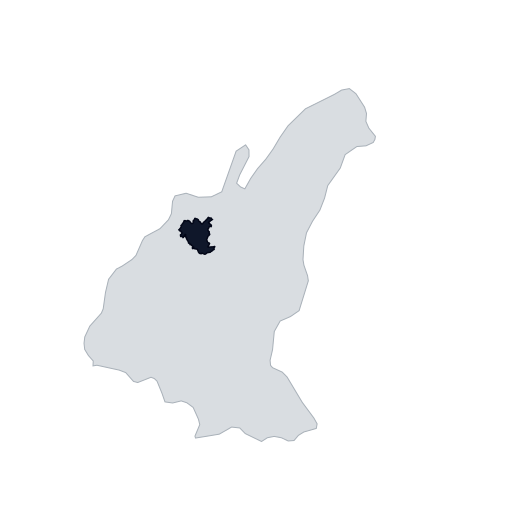 location of San Francisco de Macorís, Duarte, Dominican Republic, rotated 294°
{"feature_id": "3306468B54253052941239", "entity_name": "San Francisco de Macorís", "entity_type": "district", "adm_level": 2, "iso_a3": "DOM", "parent_name": "Dominican Republic", "parent_adm1": "Duarte", "projection": "orthographic", "projection_center": [-70.214, 19.332], "detail": "fine", "context": "in_parent", "style": "filled", "palette": "ink", "viewbox_px": 512, "rotation_deg": 294, "n_neighbors": 0, "source": "geoboundaries", "source_scale": "gbopen_adm2", "svg_char_len": 6542}
<svg xmlns="http://www.w3.org/2000/svg" viewBox="0 0 512 512"><g transform="rotate(294 256 256)"><path d="M88.8,336.5L89.4,318.4L92.3,311.1L89.8,303.3L78.3,294.9L71.3,284.3L65.1,274.8L66.6,273.5L79.1,273.2L83.5,269.8L92.1,260.2L93.8,252.5L93.2,246.6L87.8,239.6L85.7,232.2L92.5,225.8L101.4,216.5L102.7,212.9L102.5,209.4L92.3,199.4L91.6,195.1L96.5,184.4L96.1,177.3L91.5,155.1L89.3,151.8L93.9,150.0L96.9,143.4L101.0,137.5L106.3,134.4L112.4,132.5L124.4,132.7L140.9,138.0L145.6,137.9L161.6,133.3L174.8,130.8L187.3,133.8L192.3,137.8L202.5,144.2L207.7,146.1L223.9,146.0L228.4,146.7L242.0,157.2L253.5,161.3L260.2,161.5L272.1,157.5L278.0,157.6L284.9,166.6L286.2,179.4L291.9,191.1L300.7,198.6L343.7,195.2L353.3,201.3L350.1,206.4L344.0,209.2L323.5,208.1L314.6,208.7L312.8,213.8L312.8,218.5L324.8,219.6L336.5,221.9L348.5,225.6L360.7,228.1L374.4,229.7L388.0,232.3L410.6,241.3L435.7,262.0L442.4,266.7L446.9,273.2L444.9,281.3L436.1,294.7L431.1,299.0L423.7,301.6L418.7,307.1L413.9,316.4L410.9,317.2L407.4,316.9L401.4,311.7L397.0,303.6L384.9,296.2L370.6,297.2L349.5,292.9L336.7,295.1L323.9,295.7L310.8,293.5L297.7,292.7L284.6,295.6L271.8,300.4L267.1,303.5L259.0,311.1L254.6,313.9L223.6,317.6L214.7,312.1L206.4,304.5L194.5,303.4L177.2,309.2L166.4,311.3L162.0,313.8L160.7,316.6L160.6,327.2L158.1,333.6L141.1,357.8L131.5,374.8L127.5,380.1L123.0,381.2L114.7,371.3L109.4,367.7L102.9,365.8L100.1,360.6L100.3,353.2L98.6,346.0L94.6,340.3L88.8,336.5Z" fill="#d9dde1" stroke="#a8b0b8" stroke-width="1"/><path d="M271.6,201.2L271.6,200.8L271.7,200.6L271.8,200.4L272.2,199.9L272.3,199.5L272.4,199.4L272.3,199.2L272.0,198.7L271.9,198.6L271.9,198.1L271.9,197.7L271.9,196.8L271.6,196.6L271.4,196.6L270.7,196.5L270.4,196.5L270.0,196.3L269.5,196.1L269.1,196.0L268.6,195.8L268.2,195.6L267.6,195.5L267.0,195.2L266.6,195.0L266.4,194.9L266.0,194.7L265.4,194.4L265.2,194.3L264.5,194.3L264.2,194.3L263.6,194.0L263.5,193.9L263.4,193.8L263.3,193.7L263.3,193.4L263.3,193.2L263.5,192.7L263.6,192.2L263.8,191.9L264.3,191.4L264.4,191.1L264.5,190.8L264.5,190.0L264.5,189.8L264.5,189.7L264.9,189.2L265.2,188.9L265.6,188.6L265.8,187.7L265.9,187.2L265.8,186.8L265.7,186.6L265.7,185.7L265.7,185.4L265.6,185.2L265.5,184.9L265.4,184.8L265.1,184.8L264.8,184.9L264.5,185.0L264.3,185.0L264.0,185.0L263.9,184.9L263.4,184.6L263.2,184.4L262.8,184.4L262.4,184.4L262.2,184.4L262.1,184.5L261.9,184.9L261.7,185.2L261.4,185.2L261.1,185.1L260.9,185.0L260.2,185.0L259.9,184.9L259.7,184.5L259.6,184.3L259.5,183.9L259.5,183.4L259.6,183.2L260.0,182.5L260.5,181.6L260.7,181.3L260.7,181.2L260.8,180.8L260.8,179.5L260.7,179.2L260.5,178.9L260.4,178.8L260.1,178.7L259.7,178.5L259.6,178.3L259.6,178.2L259.5,177.3L259.5,177.0L259.5,176.9L259.2,176.3L259.1,176.1L258.8,176.0L258.7,176.0L258.3,176.0L257.9,176.2L257.5,176.2L257.4,176.2L257.0,176.0L256.9,176.0L256.2,175.9L255.9,175.9L255.5,175.7L255.4,175.7L255.0,175.6L254.2,175.6L253.4,175.1L252.7,175.6L252.2,175.8L251.9,175.9L251.5,175.7L251.4,175.7L250.7,175.6L250.2,175.4L249.4,175.3L249.2,175.2L248.6,174.9L248.2,175.6L248.0,176.0L248.0,176.3L248.2,176.7L248.3,176.8L248.3,177.0L248.2,177.1L247.9,177.4L247.8,177.7L247.6,177.9L247.5,178.0L247.5,178.6L247.4,178.7L247.3,178.9L247.1,179.0L246.9,179.0L246.1,179.0L245.6,179.0L245.5,178.9L245.3,178.9L244.8,178.5L244.7,178.4L244.3,178.5L243.8,178.9L243.5,179.1L243.3,179.2L243.3,179.3L243.2,179.5L243.3,179.7L243.4,179.8L243.7,180.1L243.8,180.5L243.8,180.9L243.7,181.1L243.6,181.3L243.3,181.6L243.3,181.8L243.2,181.9L243.3,182.0L243.5,182.1L244.0,182.0L244.4,181.9L244.5,181.9L244.7,182.0L244.7,182.4L244.8,182.6L245.1,182.7L245.3,182.6L245.5,182.5L245.9,182.2L246.1,182.1L246.3,182.2L246.7,182.4L246.9,182.5L246.9,182.9L246.9,183.1L246.7,183.3L246.3,183.1L246.1,183.1L245.4,183.4L245.1,183.6L244.9,183.8L244.8,184.0L244.7,184.2L244.7,184.8L244.7,185.0L244.0,185.2L243.8,185.3L243.7,185.3L243.5,185.5L243.4,185.6L243.3,185.8L243.2,185.9L243.1,186.2L243.1,186.3L242.7,186.6L242.4,187.0L242.2,187.4L241.8,187.9L241.6,188.3L241.3,188.6L241.1,188.7L240.9,188.8L240.6,188.9L240.5,189.0L240.4,189.2L240.4,189.3L240.4,190.1L240.4,190.4L240.3,190.6L240.1,190.9L240.0,191.0L239.6,191.1L239.6,191.3L239.7,191.7L239.9,192.2L240.0,192.3L239.9,192.5L239.6,192.9L239.5,193.0L239.4,193.4L239.2,193.9L239.1,194.4L239.0,194.8L238.9,195.1L238.8,195.3L238.7,195.3L238.4,195.3L238.2,195.0L237.9,194.6L237.6,194.5L237.4,194.6L237.0,195.1L237.1,195.3L237.2,195.5L237.3,195.6L237.7,195.8L237.8,196.0L237.9,196.3L237.9,196.5L237.7,197.0L237.7,197.3L237.9,197.7L238.0,198.4L238.2,198.9L238.2,199.1L238.3,199.3L238.2,199.6L238.0,200.0L237.2,200.8L236.9,201.2L236.5,201.5L236.3,201.7L236.2,201.9L235.8,202.5L235.5,203.2L235.5,203.4L235.5,203.7L235.5,204.0L235.7,204.4L235.8,204.8L235.8,205.0L236.1,205.2L236.2,205.3L236.5,205.4L236.7,205.5L236.7,205.9L236.7,208.1L236.8,208.5L237.0,208.8L237.3,209.1L237.5,209.2L238.6,209.8L239.1,210.1L239.4,210.3L239.6,210.5L239.8,211.1L239.9,211.3L240.3,211.8L240.5,212.2L240.6,212.3L240.7,212.5L240.9,212.7L241.0,212.7L241.7,213.0L242.1,213.2L242.2,213.3L242.3,213.5L242.5,213.6L243.2,214.0L243.6,214.1L243.8,214.2L244.0,214.3L244.5,214.7L244.6,214.8L244.8,214.9L245.0,215.0L245.1,214.8L245.2,214.7L245.5,214.6L245.8,214.3L245.9,214.2L246.0,214.2L246.4,214.5L246.5,214.6L246.9,214.6L247.2,214.5L247.5,214.4L247.8,214.4L247.8,214.2L247.7,214.0L247.5,213.9L247.3,213.7L247.0,213.2L246.8,212.9L246.6,212.5L246.5,212.2L246.3,211.9L246.2,211.6L245.8,211.0L245.7,210.9L245.6,210.4L245.1,209.8L244.8,209.1L244.7,208.9L244.7,208.7L244.8,208.5L244.8,208.4L245.1,208.2L245.3,208.2L245.6,208.2L246.1,208.4L246.4,208.5L248.2,208.5L248.5,208.5L248.6,208.4L248.8,208.1L248.7,206.7L248.8,206.4L248.9,206.2L249.2,205.9L250.2,204.9L250.4,204.7L250.6,204.5L251.2,204.2L251.5,204.2L253.3,204.2L253.7,204.1L254.0,204.0L254.2,203.9L254.4,204.0L255.3,204.5L256.3,204.8L256.5,204.6L256.9,204.7L257.0,204.8L257.1,204.7L257.3,204.6L257.5,204.4L257.8,203.9L258.0,203.7L258.8,203.6L259.0,203.5L259.1,203.4L259.2,203.2L259.3,202.8L259.3,202.6L259.6,202.1L259.7,201.9L259.9,201.8L260.4,201.5L261.0,201.2L261.4,201.1L261.6,201.2L262.0,201.4L262.4,201.4L262.8,201.4L263.7,201.4L263.9,201.5L264.0,201.5L264.3,202.1L264.4,202.4L264.6,202.7L264.7,203.1L265.2,203.0L265.4,203.0L265.8,202.7L266.0,202.6L266.1,202.1L266.3,201.8L266.4,201.2L266.6,200.7L266.7,200.3L266.9,199.9L267.0,199.3L267.1,199.2L267.3,199.0L267.6,199.0L267.8,199.0L268.1,199.4L268.2,199.5L268.3,199.6L268.8,199.7L269.1,199.9L269.6,200.0L269.8,200.0L270.0,200.2L270.4,200.6L270.6,200.8L271.3,201.1L271.6,201.2Z" fill="#0f172a" stroke="#020617" stroke-width="1.5"/></g></svg>